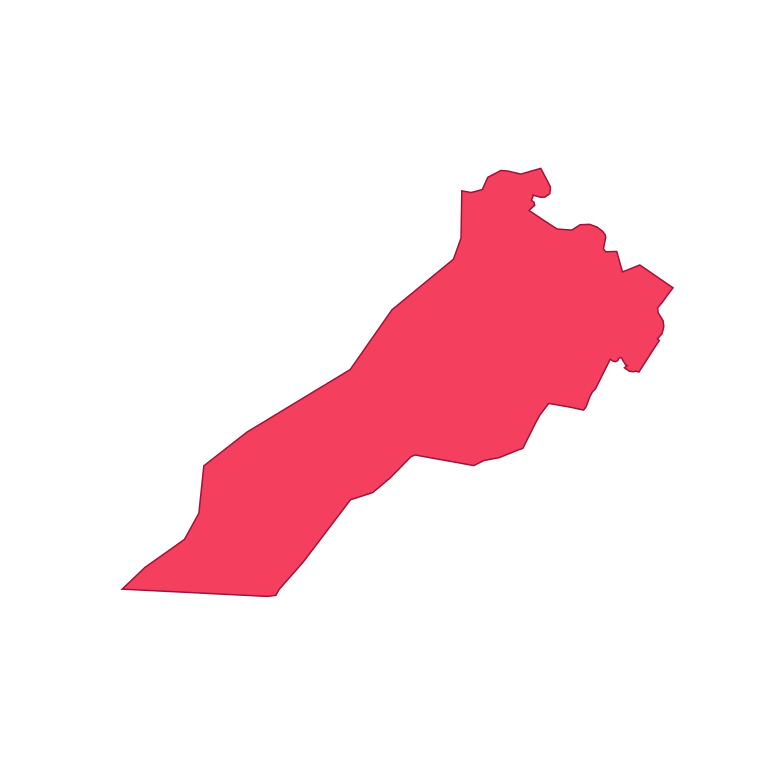 Ogu Bolo, Rivers, Nigeria, rotated 76°
{"feature_id": "59680162B82820769085578", "entity_name": "Ogu Bolo", "entity_type": "district", "adm_level": 2, "iso_a3": "NGA", "parent_name": "Nigeria", "parent_adm1": "Rivers", "projection": "natural_earth1", "projection_center": [7.196, 4.622], "detail": "fine", "context": "isolated", "style": "filled", "palette": "rose", "viewbox_px": 768, "rotation_deg": 76, "n_neighbors": 0, "source": "geoboundaries", "source_scale": "gbopen_adm2", "svg_char_len": 1341}
<svg xmlns="http://www.w3.org/2000/svg" viewBox="0 0 768 768"><g transform="rotate(76 384 384)"><path d="M562.9,540.0L557.9,535.4L537.1,505.3L488.2,444.5L486.6,421.2L476.7,400.9L461.0,375.3L460.4,371.0L484.9,316.6L482.4,305.7L483.3,290.0L480.4,269.3L480.1,264.9L458.5,246.4L451.8,240.2L442.7,228.9L451.1,209.9L457.6,196.6L455.1,193.5L446.0,187.2L442.0,183.6L439.9,180.0L414.7,158.5L417.0,156.5L418.3,154.2L417.9,151.6L415.9,150.0L415.6,148.2L416.5,147.0L420.2,146.2L421.5,145.6L424.0,145.0L424.9,143.5L426.4,146.8L428.1,145.5L431.1,142.7L432.5,138.8L432.5,136.3L434.1,133.8L415.7,114.3L408.4,106.3L406.4,107.8L402.5,102.2L399.5,100.4L395.7,98.5L390.0,97.9L381.0,100.8L376.2,100.0L372.1,94.2L367.2,88.5L360.6,80.3L330.4,107.0L332.9,125.5L311.7,126.1L309.3,136.9L306.0,138.4L295.4,133.4L293.3,133.2L291.7,133.7L288.5,135.1L283.2,139.4L278.8,145.9L276.9,155.2L280.1,164.6L275.5,178.5L264.2,189.1L250.7,201.3L247.0,194.5L243.9,194.5L241.4,196.6L238.3,194.2L236.8,193.7L240.7,186.9L241.6,182.6L239.5,177.1L233.2,174.8L227.8,176.0L212.7,179.7L213.4,200.5L207.6,211.7L205.1,218.8L208.5,233.2L219.1,241.6L219.3,253.1L215.4,261.8L260.9,273.9L279.7,286.4L313.9,358.3L361.8,413.3L397.5,528.6L419.8,578.6L464.6,594.9L486.5,615.2L495.2,637.4L504.0,660.1L519.7,687.7L561.9,548.5L562.9,540.0Z" fill="#f43f5e" stroke="#9f1239" stroke-width="1.5"/></g></svg>